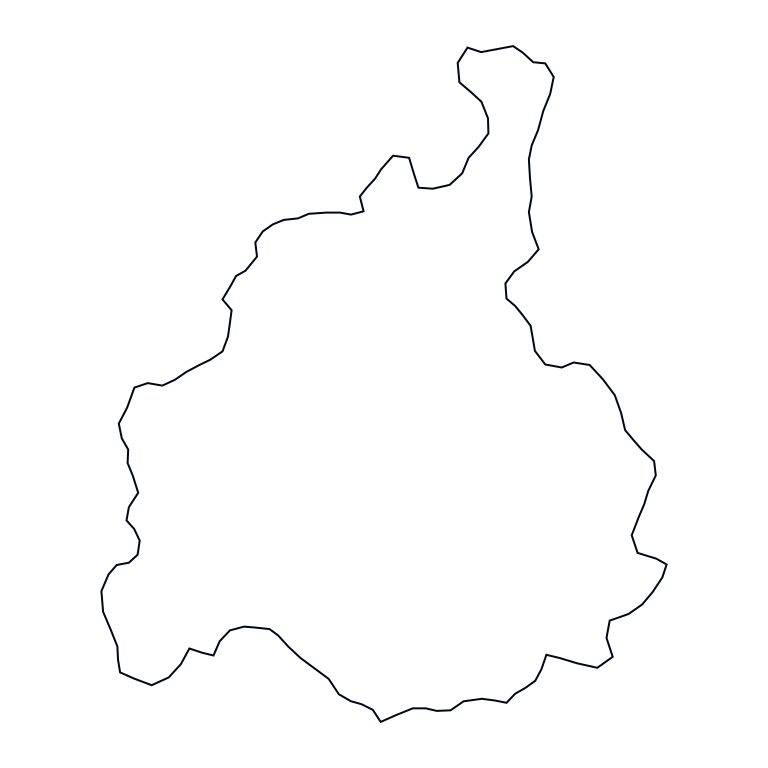 outline of Ouro Verde de Minas, Minas Gerais, Brazil
{"feature_id": "56859067B63067715141112", "entity_name": "Ouro Verde de Minas", "entity_type": "district", "adm_level": 2, "iso_a3": "BRA", "parent_name": "Brazil", "parent_adm1": "Minas Gerais", "projection": "natural_earth1", "projection_center": [-41.295, -18.032], "detail": "fine", "context": "isolated", "style": "outline", "palette": "ink", "viewbox_px": 768, "rotation_deg": 0, "n_neighbors": 0, "source": "geoboundaries", "source_scale": "gbopen_adm2", "svg_char_len": 2022}
<svg xmlns="http://www.w3.org/2000/svg" viewBox="0 0 768 768"><path d="M545.3,63.4L533.2,62.2L522.7,52.6L513.1,46.1L498.8,48.8L481.1,52.1L467.5,47.6L457.7,62.9L459.4,82.3L470.9,92.1L481.4,101.7L488.0,118.3L488.4,133.4L478.6,146.9L468.6,157.8L462.2,173.3L449.6,184.9L432.9,188.7L418.4,187.7L414.0,174.1L409.1,157.8L393.1,155.7L381.1,169.3L375.1,178.6L366.8,187.7L359.8,196.5L363.6,211.3L351.0,214.6L340.0,212.6L326.3,212.6L308.8,213.8L297.9,218.4L283.7,219.9L272.8,224.4L262.8,231.4L255.3,242.5L257.0,256.6L245.5,270.7L236.1,276.0L230.1,286.8L222.5,299.4L231.6,310.2L229.9,323.0L228.0,336.6L222.5,351.4L210.3,359.7L198.4,365.5L186.2,372.0L174.9,379.8L162.3,385.6L147.8,383.1L134.4,387.6L127.2,407.5L118.8,423.6L121.8,438.4L128.2,449.5L127.6,463.1L132.7,475.4L138.2,492.8L128.9,507.1L126.5,520.4L134.2,529.0L139.7,540.6L137.6,554.7L128.9,562.7L116.7,565.0L108.6,574.3L101.4,591.1L103.1,611.8L110.8,629.9L117.4,646.5L118.0,659.5L120.1,672.4L134.4,678.7L151.7,685.2L168.8,677.4L180.9,664.1L189.4,648.5L202.0,652.7L213.5,655.5L219.7,641.2L229.9,630.4L244.2,626.6L255.7,627.6L269.6,629.1L278.3,635.6L288.2,646.5L300.5,658.0L314.4,668.3L328.7,678.9L338.9,694.3L351.1,701.3L361.3,704.1L372.8,709.8L380.7,721.9L396.5,714.9L412.9,708.3L425.5,708.3L436.8,710.9L450.6,710.3L463.6,701.3L481.8,698.8L495.0,700.5L506.5,702.8L515.2,693.7L525.7,687.7L535.3,680.7L541.5,669.1L546.4,654.8L559.6,658.0L577.1,663.3L597.3,667.8L612.7,656.8L606.5,637.9L609.7,620.6L628.5,614.0L642.1,604.5L652.6,592.1L662.4,577.3L666.6,564.5L656.4,558.7L637.6,552.9L631.7,535.3L638.9,516.7L644.2,504.3L648.3,490.8L655.8,475.4L654.1,461.1L641.7,449.5L634.0,440.7L625.1,430.1L621.2,413.3L614.8,395.2L602.9,379.3L589.7,365.0L573.7,362.5L561.7,367.5L545.3,364.5L534.9,350.9L532.7,337.8L530.6,325.8L522.7,315.2L515.3,306.1L506.5,298.6L505.4,283.5L514.2,271.4L527.8,261.9L538.7,249.3L532.1,232.0L528.9,212.1L531.7,196.5L530.0,178.4L528.9,159.3L531.7,145.4L538.1,130.1L543.2,111.2L550.2,93.9L553.7,77.0L545.3,63.4Z" fill="none" stroke="#020617" stroke-width="2"/></svg>